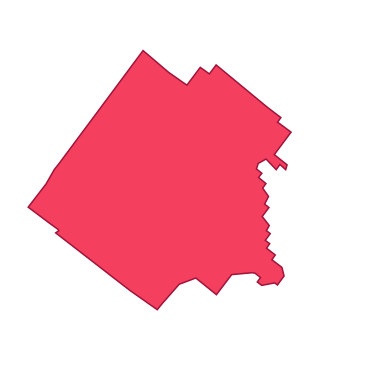 outline of Tuscaloosa, Alabama, United States of America, rotated 37°
{"feature_id": "52423323B92011906728955", "entity_name": "Tuscaloosa", "entity_type": "district", "adm_level": 2, "iso_a3": "USA", "parent_name": "United States of America", "parent_adm1": "Alabama", "projection": "robinson", "projection_center": [-87.372, 33.307], "detail": "fine", "context": "isolated", "style": "filled", "palette": "rose", "viewbox_px": 384, "rotation_deg": 37, "n_neighbors": 0, "source": "geoboundaries", "source_scale": "gbopen_adm2", "svg_char_len": 911}
<svg xmlns="http://www.w3.org/2000/svg" viewBox="0 0 384 384"><g transform="rotate(37 192 192)"><path d="M67.8,108.5L68.4,200.5L68.7,250.5L68.5,256.9L70.6,273.4L70.3,302.7L95.9,302.7L108.0,302.5L108.9,303.3L107.7,306.7L201.9,308.0L235.1,306.9L235.3,299.9L237.3,273.4L246.8,258.4L273.3,259.3L273.4,234.1L288.5,220.4L291.2,218.9L298.2,219.1L298.3,224.6L303.9,224.6L312.7,214.9L316.2,214.8L316.1,206.9L316.1,203.7L309.2,198.1L296.6,198.0L296.4,192.2L285.3,192.0L285.2,186.5L279.6,186.5L279.6,183.8L279.5,178.1L274.7,178.1L273.9,172.3L262.8,169.3L262.8,158.1L257.3,158.0L255.8,149.5L246.1,146.4L246.0,140.8L236.4,140.3L236.5,135.0L229.6,134.8L227.7,129.3L231.3,121.1L245.8,123.5L245.7,117.1L253.4,117.8L251.6,113.1L235.2,112.6L235.1,84.6L218.3,84.7L218.2,79.1L201.4,79.0L134.8,76.0L134.8,87.2L123.6,87.5L123.6,109.7L116.9,110.0L101.2,110.5L67.8,108.5Z" fill="#f43f5e" stroke="#9f1239" stroke-width="1.5"/></g></svg>